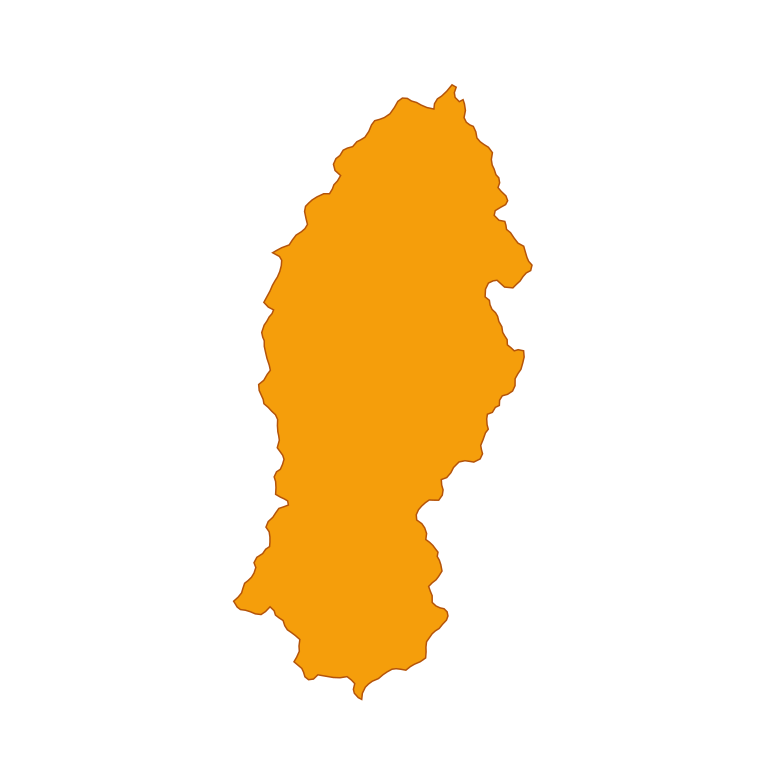 Aiuruoca, Minas Gerais, Brazil, rotated 25°
{"feature_id": "56859067B43172679748433", "entity_name": "Aiuruoca", "entity_type": "district", "adm_level": 2, "iso_a3": "BRA", "parent_name": "Brazil", "parent_adm1": "Minas Gerais", "projection": "orthographic", "projection_center": [-44.641, -21.953], "detail": "fine", "context": "isolated", "style": "filled", "palette": "amber", "viewbox_px": 768, "rotation_deg": 25, "n_neighbors": 0, "source": "geoboundaries", "source_scale": "gbopen_adm2", "svg_char_len": 4120}
<svg xmlns="http://www.w3.org/2000/svg" viewBox="0 0 768 768"><g transform="rotate(25 384 384)"><path d="M324.0,84.5L319.2,84.1L317.1,92.2L314.5,98.8L311.9,103.0L311.3,108.6L313.0,113.7L306.1,115.3L299.7,115.5L294.6,115.1L289.3,115.9L284.4,115.3L279.8,117.1L277.1,122.0L276.6,128.9L275.2,136.6L271.7,142.4L268.2,146.0L264.3,149.3L263.2,154.4L263.5,161.5L262.4,168.5L259.5,172.8L257.0,175.9L255.3,182.1L251.1,185.7L248.2,189.3L247.5,195.5L245.2,200.0L245.3,206.2L249.4,211.2L256.6,213.4L256.0,219.7L254.4,224.6L254.8,229.0L254.2,234.6L249.0,237.0L244.2,242.7L241.1,247.5L239.4,251.5L237.8,256.1L239.1,261.2L243.4,267.0L247.2,271.7L246.7,276.6L244.8,280.9L241.4,286.2L240.1,292.2L239.3,298.0L233.7,303.7L230.0,308.6L227.6,312.1L235.4,312.6L239.0,315.1L240.9,320.1L242.0,326.0L242.2,332.0L241.6,336.7L241.2,341.8L241.4,347.9L241.0,354.2L240.6,360.8L246.6,363.2L252.6,363.5L252.8,367.5L251.6,371.7L251.3,376.6L250.5,381.3L251.4,389.0L254.3,392.8L257.2,395.4L259.6,400.5L263.4,405.5L267.1,410.2L272.1,415.5L275.2,419.6L274.1,424.6L273.5,431.4L270.6,437.4L273.6,442.6L277.9,446.3L281.0,449.0L283.5,452.6L288.9,454.1L293.7,456.1L298.6,457.7L302.6,461.1L305.0,466.8L308.0,472.2L310.5,475.5L312.9,479.2L314.2,486.9L317.9,488.9L322.3,491.4L325.2,494.5L326.0,499.7L326.1,505.1L323.7,509.0L323.7,514.6L327.0,518.2L329.9,523.6L332.4,529.8L337.8,530.3L342.3,530.3L346.1,530.7L348.5,534.1L345.3,537.4L341.3,541.2L340.3,546.5L339.6,551.7L337.2,557.6L337.5,563.6L342.4,566.5L345.3,570.9L347.5,575.6L349.0,579.7L346.6,583.7L345.7,589.0L342.0,594.8L341.7,600.9L345.4,604.5L346.1,610.2L345.6,615.1L343.8,619.8L341.9,623.5L342.5,628.8L343.2,633.5L341.9,638.8L339.5,644.4L345.2,648.2L349.2,649.1L354.0,647.6L359.1,646.9L364.5,646.7L370.0,644.9L372.8,640.3L374.9,634.1L380.2,635.9L383.3,639.3L387.7,640.3L392.5,641.0L396.2,645.0L400.3,647.6L404.5,648.3L409.4,649.3L415.7,651.1L417.7,657.4L420.2,662.0L420.3,668.5L419.8,673.8L425.7,675.4L429.7,676.5L432.8,679.1L436.1,682.8L440.6,683.9L444.8,681.2L447.0,675.5L451.2,674.4L456.3,673.0L462.1,671.4L468.3,668.8L474.2,664.8L479.7,666.1L484.1,667.9L485.3,673.7L487.8,676.8L493.2,679.1L497.1,679.3L495.1,673.4L495.2,666.7L496.7,662.5L499.0,658.3L503.5,653.3L506.0,647.8L508.5,643.6L511.8,639.1L515.3,636.9L519.5,635.5L524.8,634.1L527.3,629.0L530.0,625.1L534.2,620.4L537.5,614.7L535.4,609.1L533.2,604.7L531.5,599.6L532.3,595.0L533.2,590.0L534.9,586.0L537.3,582.3L538.6,577.0L540.4,571.6L540.0,567.2L537.5,563.8L533.4,562.3L529.4,563.2L524.9,563.2L520.0,561.6L517.1,555.5L513.3,552.0L510.0,548.6L511.7,543.8L513.9,539.5L514.8,535.4L515.6,529.0L511.8,523.7L508.6,520.3L505.1,517.8L504.0,513.6L500.3,511.7L496.6,509.7L492.2,508.2L487.6,507.3L485.8,501.5L481.7,497.2L477.3,494.6L471.1,493.4L468.5,488.9L468.4,483.4L469.7,478.7L471.7,474.0L474.0,470.0L477.6,468.5L482.7,466.2L483.8,460.1L482.3,455.0L479.0,451.2L476.3,446.4L480.4,442.3L482.1,436.1L482.3,430.3L484.9,423.0L489.8,419.3L494.1,418.0L498.4,416.8L502.8,411.3L502.8,405.6L499.9,402.1L497.6,398.8L497.3,392.5L496.6,385.4L497.6,380.9L494.6,377.3L491.8,372.2L490.5,367.7L494.2,363.9L494.8,358.1L497.6,354.7L495.6,349.8L496.2,344.7L500.4,341.1L503.5,336.0L503.5,330.2L500.6,323.8L501.0,318.1L501.9,312.8L500.8,306.0L499.6,300.3L496.5,294.9L491.1,296.2L488.0,298.9L483.5,297.4L479.3,296.4L476.8,291.7L472.9,289.3L469.7,287.0L466.6,282.3L461.7,278.8L458.4,274.7L455.0,272.3L450.3,270.7L446.6,267.4L444.1,263.6L438.8,262.3L435.9,255.1L436.0,248.4L439.3,244.4L442.6,242.2L447.4,243.7L452.3,245.2L456.0,243.9L460.2,242.4L461.9,237.7L463.8,233.1L464.6,227.8L466.0,223.2L469.0,219.2L467.9,213.7L463.3,211.7L460.1,208.9L456.4,204.7L452.4,200.1L445.9,199.7L440.3,196.8L434.7,193.4L429.7,192.1L427.4,188.6L424.8,185.6L419.0,187.0L412.6,184.6L411.5,179.9L414.8,174.9L418.4,170.0L418.6,165.6L415.0,162.0L408.8,159.9L404.3,157.8L403.8,152.8L400.9,148.6L397.0,147.0L393.0,142.7L389.5,139.8L386.4,135.2L384.5,128.5L378.6,125.3L373.4,124.7L368.8,123.8L364.2,121.7L360.7,116.7L356.1,112.8L352.2,112.9L348.0,112.0L344.0,108.8L342.2,101.7L338.5,96.1L335.5,92.9L332.9,96.3L327.3,94.2L324.6,90.2L324.0,84.5Z" fill="#f59e0b" stroke="#b45309" stroke-width="1.5"/></g></svg>